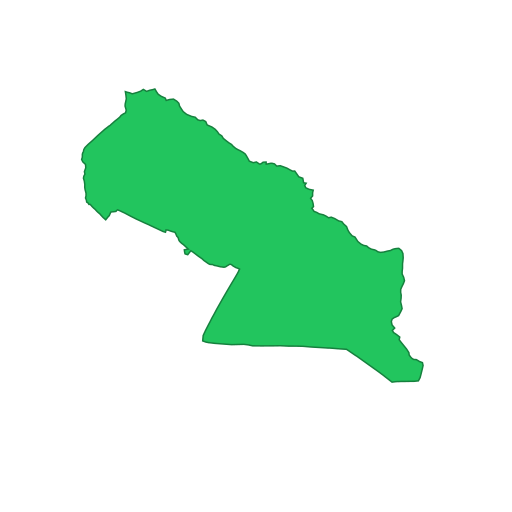 the district of Keiyo North, Rift Valley, Kenya, rotated 298°
{"feature_id": "3690345B12433983427802", "entity_name": "Keiyo North", "entity_type": "district", "adm_level": 2, "iso_a3": "KEN", "parent_name": "Kenya", "parent_adm1": "Rift Valley", "projection": "equal_earth", "projection_center": [35.542, 0.697], "detail": "fine", "context": "isolated", "style": "filled", "palette": "green", "viewbox_px": 512, "rotation_deg": 298, "n_neighbors": 0, "source": "geoboundaries", "source_scale": "gbopen_adm2", "svg_char_len": 5068}
<svg xmlns="http://www.w3.org/2000/svg" viewBox="0 0 512 512"><g transform="rotate(298 256 256)"><path d="M339.8,63.5L337.0,65.6L333.9,67.7L331.1,68.5L328.9,69.1L326.9,70.0L323.9,72.9L321.2,73.6L319.2,72.2L316.8,70.9L314.6,70.5L311.6,69.3L309.0,68.1L308.2,67.8L306.8,67.3L305.2,66.7L304.2,66.3L302.8,65.9L301.2,64.9L300.1,64.5L296.9,63.0L288.0,59.7L285.0,58.7L281.4,57.5L275.8,55.4L271.5,54.1L269.3,54.0L267.7,54.4L266.9,54.7L265.7,54.6L264.3,54.9L263.0,55.6L261.6,56.3L259.4,56.7L258.6,57.8L257.8,58.9L256.8,62.5L253.9,64.3L249.9,64.9L248.0,66.5L245.7,66.5L243.7,67.1L241.6,69.2L238.7,71.3L236.3,72.5L234.3,74.0L231.7,76.4L229.3,77.7L227.2,78.2L225.8,79.9L224.1,81.2L224.1,82.4L223.7,83.3L223.1,84.3L223.7,85.2L223.4,86.3L223.1,87.1L222.7,88.1L222.4,89.1L222.1,90.1L221.8,91.4L221.6,92.3L221.1,93.6L220.7,94.8L220.3,96.3L220.0,97.7L219.8,98.6L219.3,99.8L218.9,101.0L218.5,102.1L218.2,103.0L218.0,103.9L217.7,105.1L217.4,106.3L221.6,107.1L222.7,107.5L223.5,107.4L226.6,107.2L227.3,108.0L228.1,109.3L228.8,110.3L229.6,111.4L230.7,111.6L231.8,112.1L231.9,113.2L232.0,114.2L232.1,115.4L232.1,116.4L232.2,118.2L232.3,119.7L232.3,121.3L232.3,123.1L232.3,124.2L232.3,125.2L232.3,126.9L232.4,131.1L232.4,132.4L232.6,135.6L232.9,141.7L233.2,145.8L233.3,147.0L233.3,148.2L233.5,151.6L233.5,152.7L233.6,153.8L233.8,157.8L234.0,162.5L234.5,164.9L235.5,164.7L236.8,164.3L237.3,165.6L237.6,166.4L237.8,168.0L238.0,169.3L238.3,170.9L238.9,173.3L238.0,174.7L237.1,175.8L236.3,176.8L236.0,177.8L235.7,178.6L234.0,180.2L233.3,181.2L232.8,182.5L232.4,183.9L232.2,184.9L232.0,186.5L230.3,193.0L229.7,192.2L228.7,190.9L227.8,189.8L226.1,191.0L225.3,191.7L224.6,192.3L224.7,193.2L225.1,195.1L230.1,196.0L229.9,198.3L229.4,201.5L229.2,202.6L229.0,203.7L228.7,205.6L228.6,206.7L228.2,209.9L227.6,212.0L226.9,217.5L226.9,219.0L227.5,220.6L228.0,221.3L228.1,222.6L228.2,223.9L228.6,225.0L229.0,226.4L229.4,228.2L229.8,229.7L230.4,231.2L230.8,232.4L231.3,233.3L232.0,234.1L233.1,234.8L234.0,235.2L234.7,235.7L235.3,236.0L236.0,236.4L236.6,237.0L236.8,237.8L236.8,238.7L236.6,239.7L236.4,240.6L236.4,241.7L236.3,243.5L236.5,244.8L236.7,246.0L236.7,247.7L235.9,247.7L235.1,247.7L234.1,247.8L231.3,247.8L224.2,247.5L220.5,247.3L216.0,247.1L208.6,246.8L202.8,246.6L191.0,246.3L184.6,246.3L180.6,246.2L176.4,246.3L173.3,246.3L166.0,246.4L165.2,246.5L164.4,246.5L161.0,246.7L156.0,248.8L156.5,252.3L156.9,253.5L157.2,254.7L157.6,255.6L159.6,260.8L166.3,276.1L172.3,286.7L173.9,290.9L175.1,295.2L178.5,301.7L179.6,303.8L181.5,307.3L185.0,313.8L188.2,319.6L191.6,326.8L195.4,334.0L198.2,339.6L198.6,340.5L201.4,347.1L202.9,350.4L204.7,354.3L207.8,361.1L208.4,362.5L209.1,363.8L210.3,366.5L212.6,371.9L213.0,372.7L213.4,373.7L216.1,379.7L215.9,381.8L214.9,390.6L214.9,391.7L212.9,406.6L211.1,420.2L210.9,421.3L210.7,422.7L208.5,435.3L210.6,438.3L211.6,439.9L212.0,440.7L213.7,443.6L215.4,446.8L217.4,450.4L219.7,454.6L222.0,458.0L225.6,458.0L229.0,457.2L231.0,456.7L234.2,455.9L237.8,454.9L240.0,453.0L239.6,450.0L239.8,446.2L238.7,443.9L238.8,441.8L239.2,440.4L240.5,437.7L242.4,436.4L244.5,432.7L246.0,429.2L247.9,424.7L249.3,421.7L251.9,421.0L252.6,417.2L253.0,413.4L254.3,411.3L257.5,412.3L259.0,408.5L261.6,406.3L264.2,405.8L266.4,406.9L268.4,408.5L270.3,409.9L272.6,409.9L275.4,409.9L278.1,409.7L280.5,407.8L283.4,405.2L286.9,403.9L289.6,402.6L291.8,400.8L294.6,399.4L297.4,399.2L300.8,399.1L303.9,398.7L306.5,396.4L308.7,393.5L311.0,392.3L314.0,391.1L318.0,389.0L320.4,388.1L323.5,386.8L327.1,384.6L329.1,382.0L329.8,378.5L329.0,377.2L327.9,375.6L326.6,374.1L325.8,373.4L323.9,372.1L322.1,369.8L319.5,367.0L317.6,364.2L316.9,361.4L317.1,360.5L317.2,359.0L317.0,357.5L316.6,356.1L316.2,354.6L316.2,351.5L316.8,349.0L315.9,346.1L315.8,343.0L316.6,339.1L318.0,336.6L319.2,334.5L318.9,331.5L320.4,327.6L321.9,325.1L324.5,322.1L325.4,318.4L326.6,315.7L325.8,312.4L326.0,307.9L325.6,304.2L323.8,302.1L324.1,299.4L324.0,296.2L322.9,292.0L323.0,289.2L322.9,288.3L322.6,286.3L323.3,285.2L324.3,282.9L326.6,283.6L329.2,281.7L331.3,279.7L332.6,277.1L335.6,277.8L338.4,276.3L341.0,275.6L339.8,271.6L339.6,267.9L341.1,265.9L343.8,266.1L343.0,263.6L344.5,262.5L346.6,260.8L346.0,256.6L347.8,253.1L349.2,250.3L348.1,248.5L348.0,245.7L348.1,242.1L347.6,238.3L347.1,235.0L345.1,232.1L346.0,229.1L345.4,226.7L344.8,225.5L343.8,224.3L342.8,223.1L341.9,221.9L343.7,220.8L342.1,218.2L340.3,217.4L339.4,216.8L338.8,216.1L339.2,212.2L337.1,209.8L336.6,205.6L338.2,203.2L340.0,200.4L341.0,198.6L341.4,196.1L341.5,193.1L341.5,192.1L341.4,190.2L341.5,187.4L342.3,183.8L343.0,182.1L343.2,179.0L343.7,175.9L344.5,171.9L346.0,169.4L346.3,166.0L347.5,163.8L348.7,160.5L349.2,156.5L348.9,152.9L348.8,151.3L351.1,148.5L351.1,145.3L349.4,143.2L348.9,140.7L350.0,137.2L349.0,133.6L348.5,128.3L349.3,123.9L350.8,121.1L352.5,118.1L354.6,116.2L355.5,113.4L355.8,109.5L353.6,106.2L351.2,103.7L352.8,101.8L352.5,97.2L352.9,93.7L354.2,91.2L356.0,88.3L354.4,86.7L352.6,84.5L350.0,82.1L350.2,78.3L347.4,76.8L344.7,74.4L342.7,72.3L341.1,70.6L340.8,67.8L340.1,65.3L339.8,63.5Z" fill="#22c55e" stroke="#15803d" stroke-width="1.5"/></g></svg>